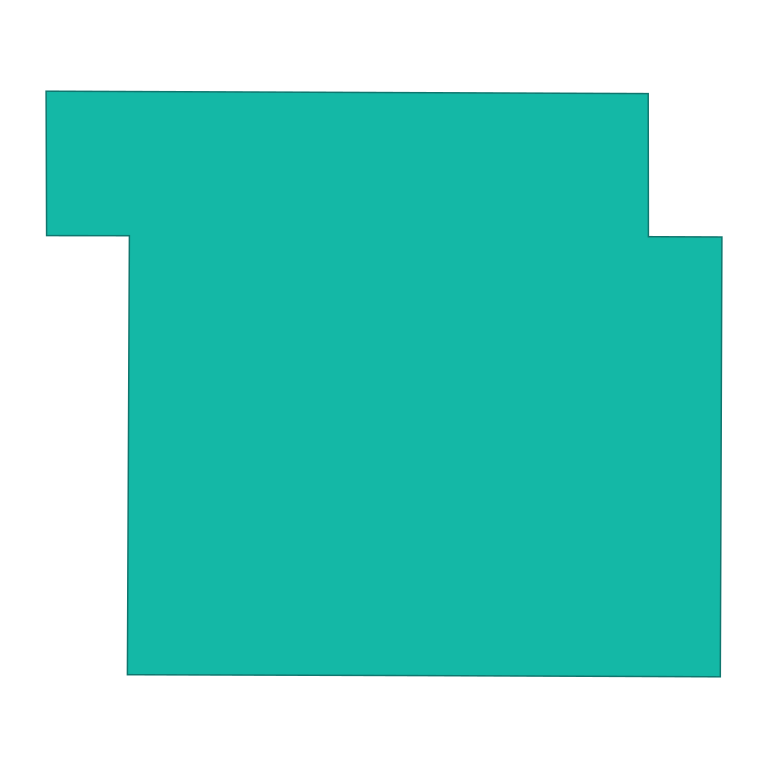 outline of Sac, Iowa, United States of America
{"feature_id": "52423323B56975486927627", "entity_name": "Sac", "entity_type": "district", "adm_level": 2, "iso_a3": "USA", "parent_name": "United States of America", "parent_adm1": "Iowa", "projection": "equal_earth", "projection_center": [-95.091, 42.386], "detail": "fine", "context": "isolated", "style": "filled", "palette": "teal", "viewbox_px": 768, "rotation_deg": 0, "n_neighbors": 0, "source": "geoboundaries", "source_scale": "gbopen_adm2", "svg_char_len": 248}
<svg xmlns="http://www.w3.org/2000/svg" viewBox="0 0 768 768"><path d="M720.3,676.8L721.9,237.0L648.4,236.7L648.2,93.6L46.1,91.2L46.6,235.6L129.4,235.7L127.4,674.7L424.0,675.6L720.3,676.8Z" fill="#14b8a6" stroke="#0f766e" stroke-width="1.5"/></svg>